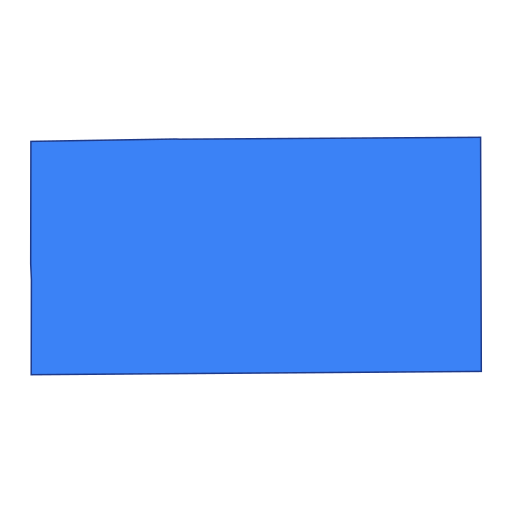 outline of Schleicher, Texas, United States of America
{"feature_id": "52423323B17811041209466", "entity_name": "Schleicher", "entity_type": "district", "adm_level": 2, "iso_a3": "USA", "parent_name": "United States of America", "parent_adm1": "Texas", "projection": "albers", "projection_center": [-100.712, 30.897], "detail": "fine", "context": "isolated", "style": "filled", "palette": "blue", "viewbox_px": 512, "rotation_deg": 0, "n_neighbors": 0, "source": "geoboundaries", "source_scale": "gbopen_adm2", "svg_char_len": 235}
<svg xmlns="http://www.w3.org/2000/svg" viewBox="0 0 512 512"><path d="M30.9,141.4L30.7,263.8L31.4,279.5L31.2,374.7L481.3,371.4L480.6,137.3L179.6,139.2L176.0,139.0L30.9,141.4Z" fill="#3b82f6" stroke="#1e3a8a" stroke-width="1.5"/></svg>